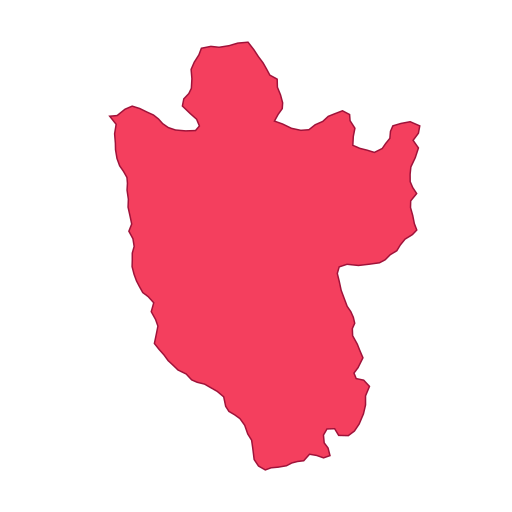 the district of Divisa Nova, Minas Gerais, Brazil, rotated 275°
{"feature_id": "56859067B77577682938922", "entity_name": "Divisa Nova", "entity_type": "district", "adm_level": 2, "iso_a3": "BRA", "parent_name": "Brazil", "parent_adm1": "Minas Gerais", "projection": "albers", "projection_center": [-46.241, -21.515], "detail": "fine", "context": "isolated", "style": "filled", "palette": "rose", "viewbox_px": 512, "rotation_deg": 275, "n_neighbors": 0, "source": "geoboundaries", "source_scale": "gbopen_adm2", "svg_char_len": 2384}
<svg xmlns="http://www.w3.org/2000/svg" viewBox="0 0 512 512"><g transform="rotate(275 256 256)"><path d="M382.5,98.1L375.0,105.2L365.4,104.5L356.0,106.1L349.6,106.8L341.1,109.0L334.0,112.3L328.8,116.6L323.0,120.6L317.2,121.6L310.4,121.8L301.5,123.9L293.5,124.3L284.3,127.2L277.0,129.4L269.6,127.2L262.5,131.9L254.9,133.8L248.1,132.5L241.3,133.1L234.6,133.5L227.2,136.1L220.8,139.1L215.6,142.4L209.7,146.4L206.1,152.2L200.5,158.2L191.4,156.5L184.0,161.5L177.6,164.4L169.3,163.5L160.0,162.4L154.6,167.5L149.4,173.0L144.1,177.6L139.5,183.5L135.6,188.3L132.4,196.7L127.0,202.7L125.1,208.3L123.9,215.9L120.5,223.2L117.8,229.1L112.9,236.1L103.6,238.9L98.8,242.6L96.0,248.5L92.6,254.2L86.4,259.5L78.0,263.3L72.1,267.7L63.9,269.6L53.1,271.9L47.0,276.8L43.7,283.9L46.3,289.4L47.6,296.6L49.7,304.6L52.9,309.6L54.9,315.2L56.2,321.4L63.2,326.6L62.6,333.8L60.8,340.9L63.6,347.1L71.0,344.5L75.8,340.2L83.5,338.8L89.9,341.8L90.8,349.4L84.5,354.0L85.1,363.6L90.2,369.3L97.6,373.4L108.1,376.8L117.2,378.1L126.2,377.3L136.0,380.4L141.7,374.1L142.6,366.5L147.9,363.8L153.7,367.4L163.9,371.4L171.4,367.4L177.0,364.6L185.0,359.2L192.1,358.3L197.6,360.2L203.4,358.3L208.8,355.3L213.8,351.2L220.9,347.8L229.3,343.8L238.1,341.1L245.7,338.5L252.4,339.8L255.7,347.4L255.5,358.9L257.7,369.5L260.0,379.6L263.5,385.0L269.0,389.6L273.5,395.8L279.4,398.7L285.8,403.0L291.0,410.0L295.9,413.9L302.1,410.9L310.0,408.6L317.7,405.7L324.4,405.3L332.2,410.6L337.9,406.1L343.5,403.1L350.8,402.4L358.2,402.5L367.9,406.1L377.8,408.4L384.9,402.4L392.5,407.1L399.9,407.8L403.2,397.9L400.7,388.9L397.6,381.0L391.9,379.1L384.9,379.1L379.4,375.4L374.1,372.4L369.5,364.9L371.1,357.5L372.3,350.0L374.7,342.8L383.6,342.5L391.9,343.4L399.0,337.9L405.1,336.9L408.2,329.5L404.2,321.3L401.4,315.8L395.9,310.8L391.9,303.5L386.4,297.7L385.1,289.7L386.3,280.2L389.8,271.0L392.0,262.6L399.0,265.7L405.1,269.3L410.9,269.2L418.6,266.4L426.0,262.6L434.0,261.7L437.4,254.0L443.2,250.2L449.0,246.2L454.8,241.0L461.3,235.9L468.3,229.4L466.5,219.3L463.1,210.6L460.7,201.0L460.9,192.8L458.2,183.5L451.4,181.6L443.7,177.6L436.2,175.1L427.0,176.7L417.4,177.0L411.9,174.9L406.3,170.4L399.0,169.6L392.2,178.0L387.1,184.9L380.6,188.3L375.7,184.8L374.5,175.0L374.5,164.8L376.3,157.4L379.7,151.5L384.0,146.9L387.5,141.6L389.9,134.8L392.8,127.3L394.5,119.6L390.8,112.7L383.8,105.4L382.5,98.1Z" fill="#f43f5e" stroke="#9f1239" stroke-width="1.5"/></g></svg>